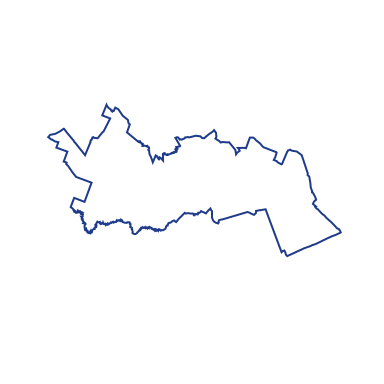 Cobia, Dâmbovita, Romania (Natural Earth projection), rotated 109°
{"feature_id": "2599482B99915860347506", "entity_name": "Cobia", "entity_type": "district", "adm_level": 2, "iso_a3": "ROU", "parent_name": "Romania", "parent_adm1": "Dâmbovita", "projection": "natural_earth1", "projection_center": [25.357, 44.815], "detail": "fine", "context": "isolated", "style": "outline", "palette": "blue", "viewbox_px": 384, "rotation_deg": 109, "n_neighbors": 0, "source": "geoboundaries", "source_scale": "gbopen_adm2", "svg_char_len": 6116}
<svg xmlns="http://www.w3.org/2000/svg" viewBox="0 0 384 384"><g transform="rotate(109 192 192)"><path d="M186.9,345.8L188.2,342.0L188.0,341.0L188.5,339.7L188.5,339.1L188.8,337.9L188.4,334.6L194.2,334.7L194.4,323.0L205.0,323.2L205.0,320.1L206.5,320.1L207.6,317.8L212.4,311.3L215.5,306.4L215.9,290.0L236.3,290.4L235.9,301.5L245.7,301.8L246.6,299.2L248.4,297.5L247.6,297.3L247.9,296.6L248.2,296.2L249.1,296.1L249.5,295.1L248.9,293.8L248.6,293.9L247.9,293.5L247.6,294.1L246.6,294.0L246.8,292.6L247.7,292.5L247.0,291.7L247.9,291.5L247.7,290.8L248.1,290.5L246.9,289.7L247.0,289.4L247.3,289.5L247.4,288.4L248.3,288.7L248.1,288.4L248.9,288.3L249.0,287.8L250.0,287.9L250.4,287.6L250.6,287.9L251.5,287.6L251.6,288.3L252.1,287.6L252.6,287.8L253.0,287.3L253.6,287.3L253.8,286.9L253.7,286.3L253.9,286.2L254.0,286.6L254.6,286.4L254.7,286.2L254.2,286.0L255.0,285.6L255.0,285.3L255.6,284.7L256.7,284.8L256.2,283.8L256.4,283.6L256.8,284.0L256.9,283.3L256.4,282.7L256.9,282.2L257.1,282.3L257.2,282.7L257.6,282.5L258.4,282.7L260.4,282.1L261.3,281.5L260.9,280.6L261.9,280.5L262.1,281.1L262.5,281.0L262.7,280.7L261.9,280.4L261.7,280.0L262.6,279.6L262.7,279.2L262.4,278.7L262.8,278.1L263.3,278.7L263.2,278.3L263.7,278.4L264.4,277.3L264.4,276.1L263.8,275.9L264.2,275.8L264.2,274.7L263.8,274.8L263.7,275.2L262.7,275.1L263.6,274.7L262.7,273.5L262.2,273.6L262.0,274.3L261.4,273.8L260.4,273.9L258.9,272.8L258.7,272.1L257.8,272.5L256.9,271.7L255.4,272.3L255.6,271.7L255.1,271.9L254.9,271.4L254.3,271.7L254.0,272.4L252.9,272.0L252.6,272.2L250.8,271.8L251.1,270.6L250.3,269.4L251.7,268.7L251.9,268.2L251.2,268.1L251.0,267.8L251.3,267.2L250.9,267.1L250.9,266.2L250.0,266.2L250.4,265.9L250.4,265.6L251.0,265.0L250.5,264.1L250.9,263.5L250.2,263.7L250.0,263.3L250.1,262.8L250.5,262.7L250.1,261.8L250.6,261.5L250.4,261.2L250.0,261.4L249.9,260.9L249.1,261.1L249.3,260.0L248.5,259.7L247.8,258.6L247.0,258.6L247.1,257.9L245.8,257.0L246.1,256.5L245.9,256.0L246.2,255.9L244.9,254.5L244.9,253.9L243.2,253.9L243.4,252.8L242.7,252.5L242.7,251.7L242.3,251.3L242.7,251.0L242.9,250.4L242.4,250.1L242.4,249.3L241.6,249.6L241.9,249.0L241.7,248.7L243.0,247.9L242.9,245.3L242.4,243.6L241.7,243.3L241.1,241.7L241.1,241.0L242.4,240.4L242.4,239.6L245.2,239.0L245.2,237.7L245.5,237.1L246.7,237.0L246.9,236.8L246.7,236.5L249.0,235.1L250.1,235.0L250.4,234.4L250.5,232.5L250.0,231.6L248.9,230.7L247.8,230.5L247.1,229.9L245.9,229.7L245.8,229.2L245.1,228.6L244.4,228.4L244.6,229.1L244.1,229.1L243.8,228.4L242.3,228.5L242.1,228.2L242.5,227.9L241.9,227.7L241.8,227.1L241.4,227.0L241.9,226.3L241.7,225.7L240.6,225.1L241.1,224.8L241.4,224.0L240.2,223.4L240.2,223.2L240.6,223.0L240.0,222.4L240.5,222.1L240.2,222.0L240.3,221.1L239.6,221.3L239.5,220.9L239.0,220.8L239.2,220.4L239.0,219.5L239.5,218.9L239.2,218.5L239.9,218.2L240.0,217.2L239.3,215.6L240.2,216.0L240.4,215.0L240.8,214.4L240.2,214.2L240.6,213.8L240.2,213.1L239.4,212.9L239.9,212.4L238.6,211.6L239.1,211.2L237.9,211.1L237.9,210.8L238.6,210.7L238.1,210.1L238.7,209.0L237.9,208.3L237.6,206.9L235.3,205.1L233.0,205.2L232.0,205.0L231.7,204.1L229.3,204.2L228.7,203.8L228.0,202.3L225.6,200.8L224.8,199.7L224.7,199.3L225.4,198.3L225.6,197.2L221.7,195.8L214.0,192.0L214.4,191.0L213.2,188.6L212.8,186.0L212.1,184.4L212.1,183.5L213.1,182.9L212.6,182.5L212.9,182.0L211.8,181.8L211.8,180.8L211.1,180.0L211.3,179.3L210.7,179.1L210.0,179.4L209.5,179.3L209.3,178.2L208.2,177.4L207.1,177.2L207.7,171.9L204.0,170.5L201.6,169.2L202.5,168.5L203.7,166.8L209.6,164.8L211.5,163.3L212.8,161.6L213.3,159.3L213.2,157.0L212.1,156.8L211.3,157.3L209.7,157.2L207.3,153.3L192.9,133.1L192.8,131.2L193.3,128.7L193.4,125.9L191.1,124.7L189.0,125.3L184.4,116.8L219.8,87.7L218.3,87.0L217.3,85.7L218.4,84.3L220.6,82.9L221.6,81.1L208.5,67.4L204.6,62.4L202.8,60.8L202.7,60.4L201.1,58.3L192.1,49.3L188.2,45.2L185.7,42.1L181.9,38.2L180.5,39.3L179.2,41.2L179.2,42.8L175.6,49.6L172.6,56.7L171.2,59.0L170.4,61.7L167.3,67.6L167.0,69.1L165.9,70.7L165.3,70.1L163.9,73.8L161.3,73.5L158.9,72.1L156.5,74.0L153.0,77.8L153.2,78.4L151.9,78.9L149.0,81.2L144.6,83.2L139.2,86.2L138.4,88.2L136.7,88.6L121.4,100.3L119.6,106.2L120.4,110.7L120.3,112.3L120.0,112.8L121.5,114.7L123.0,115.1L136.3,116.0L136.7,116.4L136.1,120.5L135.2,122.1L135.1,125.1L131.8,124.6L127.2,124.8L126.9,125.2L126.4,138.9L126.1,139.9L123.9,143.5L122.2,148.4L121.1,150.2L120.7,152.0L121.3,153.9L121.8,155.0L133.1,155.2L133.2,156.9L135.4,162.9L136.3,161.4L137.5,160.3L140.2,162.1L142.0,162.6L138.1,164.7L132.9,173.1L133.7,175.1L134.7,179.0L135.9,181.2L135.0,182.7L133.9,187.2L131.8,186.9L128.2,188.6L126.3,191.3L128.1,192.0L132.1,195.0L137.2,198.0L137.7,200.0L136.6,202.1L137.6,206.8L141.3,212.4L141.4,213.9L142.5,215.7L142.6,216.2L143.2,216.2L143.9,216.7L145.9,218.9L145.9,220.2L146.4,220.7L145.0,222.6L145.0,223.3L145.1,224.0L146.2,225.3L152.3,218.2L152.8,218.3L154.5,221.4L155.9,219.7L157.3,220.4L156.5,221.5L157.1,221.7L158.2,219.9L158.5,220.0L158.9,219.7L159.5,220.1L159.2,220.8L160.7,221.7L160.2,222.3L160.7,222.7L161.0,222.3L161.5,222.9L161.2,223.2L161.5,223.7L161.8,223.4L163.7,225.7L164.2,226.7L164.5,226.6L164.9,226.9L165.2,227.7L164.6,228.0L165.1,228.8L165.3,230.0L164.2,230.4L164.3,231.0L165.5,231.9L171.7,229.6L170.1,232.5L169.8,234.0L171.6,233.7L171.9,233.8L171.8,234.2L170.0,236.5L169.5,236.8L169.2,238.2L176.7,238.7L172.6,241.9L169.9,244.6L166.6,246.1L166.3,247.1L164.6,246.8L163.9,247.2L163.5,248.5L163.1,249.0L163.7,249.2L163.6,250.1L163.4,250.2L163.7,252.3L164.0,253.1L164.5,253.2L164.6,253.9L162.6,254.0L162.4,254.4L162.9,254.8L162.8,255.3L161.9,256.3L162.0,256.9L161.7,256.9L161.0,257.7L161.2,257.9L161.2,258.4L162.0,258.4L162.1,258.8L156.8,272.9L148.4,272.8L147.7,274.3L144.7,276.1L142.4,282.4L137.8,288.5L137.2,292.0L140.8,292.4L140.8,293.4L141.9,293.6L141.4,294.8L140.3,295.8L140.0,297.6L139.5,298.5L138.3,300.4L137.4,301.2L148.8,301.8L149.1,293.3L163.4,295.3L165.0,296.2L171.9,298.7L172.6,302.0L172.3,303.3L173.2,303.5L173.2,303.9L175.2,303.9L175.8,304.5L177.1,304.6L177.7,304.2L192.0,305.1L183.5,318.4L183.1,319.4L182.0,320.6L176.7,329.4L173.9,333.6L174.0,334.0L177.6,336.5L180.6,339.3L181.8,340.6L184.1,344.7L186.9,345.8Z" fill="none" stroke="#1e3a8a" stroke-width="2"/></g></svg>